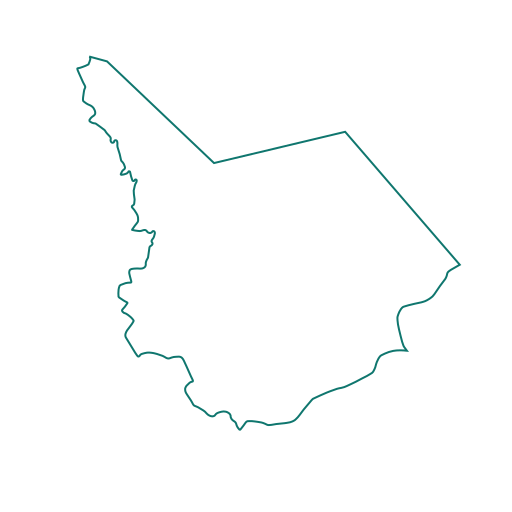 outline of Mapulaca, Lempira, Honduras, rotated 278°
{"feature_id": "27666195B86769903642722", "entity_name": "Mapulaca", "entity_type": "district", "adm_level": 2, "iso_a3": "HND", "parent_name": "Honduras", "parent_adm1": "Lempira", "projection": "robinson", "projection_center": [-88.627, 14.049], "detail": "fine", "context": "isolated", "style": "outline", "palette": "teal", "viewbox_px": 512, "rotation_deg": 278, "n_neighbors": 0, "source": "geoboundaries", "source_scale": "gbopen_adm2", "svg_char_len": 6018}
<svg xmlns="http://www.w3.org/2000/svg" viewBox="0 0 512 512"><g transform="rotate(278 256 256)"><path d="M430.2,64.0L429.6,63.9L428.6,64.4L427.7,64.5L425.2,64.1L422.4,63.4L420.6,60.7L419.1,58.0L417.9,55.6L417.1,53.4L416.9,53.1L416.5,53.0L415.1,53.6L412.3,55.3L404.5,60.2L402.9,61.3L401.0,62.7L399.9,63.3L399.5,63.4L399.0,63.4L396.7,62.8L394.4,62.7L388.9,62.7L386.6,62.9L385.7,63.2L385.4,63.4L384.9,64.1L383.5,66.7L382.8,68.4L382.0,71.1L381.5,72.3L381.0,73.1L380.2,74.2L379.1,75.1L377.8,76.0L376.8,76.5L375.8,76.8L374.9,76.9L374.3,76.9L373.5,76.6L372.5,75.9L371.1,74.4L369.6,73.2L367.7,72.2L367.1,72.2L366.7,72.3L366.2,72.6L366.0,73.0L365.6,73.9L365.2,74.9L364.9,76.5L364.9,78.4L364.7,79.1L362.3,83.7L359.7,88.4L359.2,89.0L358.0,90.0L356.7,91.3L354.2,94.4L353.4,95.2L352.8,95.6L352.2,95.8L351.5,95.9L350.7,95.8L349.9,96.0L349.1,96.4L348.4,97.1L348.2,97.6L348.2,98.1L348.3,98.6L348.5,99.0L348.8,99.3L349.1,99.5L350.0,99.6L350.4,99.8L350.7,100.1L351.0,100.4L351.1,100.9L351.1,101.3L350.9,101.8L350.7,102.1L350.2,102.5L349.1,102.9L348.1,103.1L346.2,103.3L344.6,103.7L337.8,106.9L332.7,108.8L332.0,109.1L331.4,109.5L330.0,111.2L328.7,112.3L327.3,113.1L325.7,113.9L324.9,114.0L324.1,113.8L323.5,113.4L322.6,112.5L321.6,111.8L320.3,111.3L318.9,110.9L318.2,110.7L317.9,110.9L317.7,111.2L317.7,111.6L318.4,113.8L319.4,115.9L319.8,116.6L320.4,117.1L321.0,117.6L322.0,118.1L322.2,118.4L322.2,118.9L322.0,119.4L321.4,119.7L317.5,121.2L314.6,122.6L313.8,123.0L313.5,123.2L313.3,123.5L313.2,123.9L313.2,124.3L313.3,124.6L313.5,124.9L313.8,125.1L314.6,125.5L314.8,125.7L315.0,126.1L315.0,126.5L314.8,126.9L314.4,127.3L313.7,127.4L312.6,127.3L310.4,126.5L308.8,126.2L303.8,125.8L302.7,126.0L300.2,126.5L295.2,127.9L294.0,128.0L291.0,128.1L290.4,128.0L289.8,127.8L289.2,127.3L288.4,126.4L287.9,126.2L287.6,126.2L287.2,126.3L286.8,126.6L284.7,129.0L281.7,131.6L280.2,132.7L279.1,133.3L277.8,133.8L276.2,134.1L275.0,134.3L274.0,134.3L272.9,134.0L268.9,131.7L265.0,129.7L264.7,129.7L264.6,130.0L264.4,132.7L264.4,135.1L264.5,137.4L264.9,138.8L265.6,140.2L266.0,141.1L266.2,141.8L266.3,142.7L266.1,143.3L265.9,143.9L265.6,144.2L264.9,144.9L264.4,145.6L264.1,146.5L264.0,147.5L264.1,148.2L264.5,148.9L265.0,149.5L266.0,150.1L266.3,150.5L266.4,151.1L266.3,151.6L266.0,152.0L265.5,152.4L264.9,152.6L264.2,152.7L263.3,152.6L260.9,152.3L259.4,151.8L257.6,150.8L256.5,150.5L256.1,150.5L255.7,150.7L255.3,150.9L254.8,151.4L254.3,151.7L253.8,151.8L253.3,151.8L252.9,151.6L252.4,151.4L251.8,150.9L251.0,149.9L250.3,149.5L249.8,149.3L239.7,149.3L238.8,149.1L236.8,148.3L235.1,147.9L233.8,147.8L231.8,148.1L231.0,148.0L230.2,147.8L229.4,147.3L228.8,146.7L228.2,145.8L227.8,145.0L227.4,143.3L227.1,140.0L226.5,136.9L226.1,135.5L225.8,134.6L225.4,133.9L225.0,133.4L224.5,133.0L223.9,132.8L222.7,132.7L221.6,132.8L220.7,133.1L218.1,134.1L213.6,136.0L213.1,136.1L212.7,136.1L212.3,135.8L212.2,135.4L211.7,132.9L211.0,130.7L210.5,129.7L208.5,126.0L208.0,125.5L207.5,125.1L207.0,125.0L205.6,124.7L203.6,124.6L199.9,124.9L197.8,125.3L196.7,125.5L196.3,125.8L195.8,126.4L193.8,130.5L193.0,132.3L192.2,134.6L192.0,135.0L191.7,135.2L191.4,135.2L190.0,134.5L187.5,133.2L184.3,131.1L183.6,130.9L182.9,131.1L182.1,131.8L181.5,132.8L181.3,133.1L181.0,134.6L180.7,135.6L179.8,137.5L178.7,139.4L177.8,140.8L176.6,142.3L175.4,143.5L174.9,143.8L174.5,143.8L173.8,143.6L171.7,142.7L169.1,141.3L164.4,138.7L162.6,138.0L160.7,137.6L159.5,137.6L158.3,137.9L157.3,138.4L143.3,149.9L140.9,152.1L140.3,152.8L140.1,153.2L140.1,153.7L140.4,154.2L140.7,154.5L141.7,155.0L142.3,155.5L142.9,156.1L143.3,156.9L144.3,159.2L145.1,161.5L145.3,162.5L145.5,163.7L145.6,165.5L145.6,167.6L145.5,169.0L145.2,171.6L144.1,177.4L143.5,179.1L142.6,181.3L142.4,182.1L142.3,182.9L142.4,183.9L142.7,184.7L143.8,186.8L144.5,188.5L144.8,189.7L145.3,192.0L145.6,193.8L145.6,194.7L145.4,195.7L145.0,196.6L144.0,197.8L142.5,199.0L136.6,202.8L127.8,208.3L124.7,210.4L123.7,210.9L123.3,210.9L122.9,210.7L122.1,209.0L121.6,208.3L121.0,207.7L118.8,206.0L117.9,205.3L116.9,204.8L115.6,204.4L114.8,204.3L114.0,204.4L112.4,204.8L110.9,205.6L109.4,206.8L104.1,211.5L102.2,213.0L100.4,214.3L99.5,215.2L99.1,216.1L98.6,218.1L98.1,219.8L95.7,225.4L94.7,227.2L93.3,228.9L92.3,230.3L91.9,231.1L91.5,232.1L91.2,233.2L91.1,234.3L91.2,235.4L91.5,236.2L91.8,236.8L92.1,237.2L94.0,238.4L94.5,238.9L95.1,239.6L95.8,240.8L96.5,242.3L97.0,243.6L97.5,245.3L97.6,246.5L97.6,248.0L97.3,249.4L96.7,250.8L96.2,251.6L95.7,252.2L94.7,252.9L94.2,253.1L93.1,253.3L92.5,253.6L91.4,254.3L90.8,254.9L90.2,255.7L89.7,256.5L89.1,257.8L88.4,258.8L87.5,259.5L85.4,260.5L84.1,261.4L83.2,262.2L82.1,263.4L81.8,263.8L81.8,264.2L81.9,264.6L82.5,265.0L86.3,267.2L89.2,268.7L90.3,269.4L90.8,269.9L91.2,270.5L91.6,272.5L91.9,274.8L92.0,277.8L92.0,281.1L91.9,284.4L91.7,286.0L91.2,288.1L90.4,290.6L90.3,291.5L90.4,292.4L90.9,294.7L92.4,299.4L94.4,307.5L95.0,309.6L96.1,312.9L97.2,315.0L98.0,316.2L99.0,317.4L100.1,318.3L102.1,319.8L104.6,321.3L110.6,324.6L116.5,328.3L121.1,331.2L121.9,331.8L122.5,332.3L124.4,335.2L127.1,339.4L130.6,345.1L132.4,348.3L135.7,354.6L136.5,356.5L137.3,358.9L137.9,360.3L138.5,361.7L140.0,364.2L142.8,368.5L145.4,372.4L149.6,378.2L152.6,382.5L154.9,385.4L156.4,387.2L157.1,387.7L157.7,388.1L159.0,388.6L160.5,389.1L162.5,389.6L165.7,390.0L167.8,390.4L169.4,390.9L171.6,391.6L172.8,392.2L173.6,392.6L174.4,393.2L175.1,393.9L177.3,397.2L179.4,400.9L180.2,402.8L181.1,405.0L182.0,408.2L182.6,411.5L183.0,414.8L183.2,418.6L186.5,415.4L187.4,414.7L188.5,414.1L191.5,412.6L197.0,410.3L203.3,407.8L208.1,406.1L212.0,405.1L214.1,404.7L215.1,404.6L216.2,404.7L218.3,405.1L220.6,405.7L222.3,406.4L223.7,407.0L225.0,407.8L225.8,408.5L226.4,409.4L227.1,410.9L228.5,414.0L230.8,419.8L233.1,426.1L234.0,428.1L234.8,429.7L236.0,431.5L237.5,433.4L238.7,434.7L240.5,436.4L242.9,437.9L251.8,442.3L259.6,446.6L260.9,447.1L262.4,447.5L263.7,447.7L265.1,447.8L265.7,447.9L266.4,448.2L267.0,448.5L268.0,449.4L269.4,450.9L275.7,459.0L391.4,327.0L342.2,201.5L428.0,81.4L430.2,64.0Z" fill="none" stroke="#0f766e" stroke-width="2"/></g></svg>